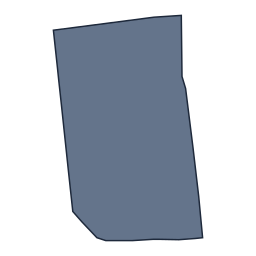 Prampir Meakkakra, Phnom Penh, Cambodia (Equal Earth projection)
{"feature_id": "14789045B12201712082665", "entity_name": "Prampir Meakkakra", "entity_type": "district", "adm_level": 2, "iso_a3": "KHM", "parent_name": "Cambodia", "parent_adm1": "Phnom Penh", "projection": "equal_earth", "projection_center": [104.914, 11.564], "detail": "fine", "context": "isolated", "style": "filled", "palette": "slate", "viewbox_px": 256, "rotation_deg": 0, "n_neighbors": 0, "source": "geoboundaries", "source_scale": "gbopen_adm2", "svg_char_len": 381}
<svg xmlns="http://www.w3.org/2000/svg" viewBox="0 0 256 256"><path d="M202.6,237.7L198.7,196.4L193.0,147.7L185.6,88.5L182.0,76.5L181.3,15.4L153.9,17.2L53.4,30.2L57.5,68.3L58.7,79.9L61.8,108.5L68.5,171.7L72.8,211.5L82.4,222.4L96.9,237.7L105.8,240.6L132.3,240.6L153.2,239.3L159.1,239.3L178.8,239.7L195.0,238.5L202.6,237.7Z" fill="#64748b" stroke="#1e293b" stroke-width="1.5"/></svg>